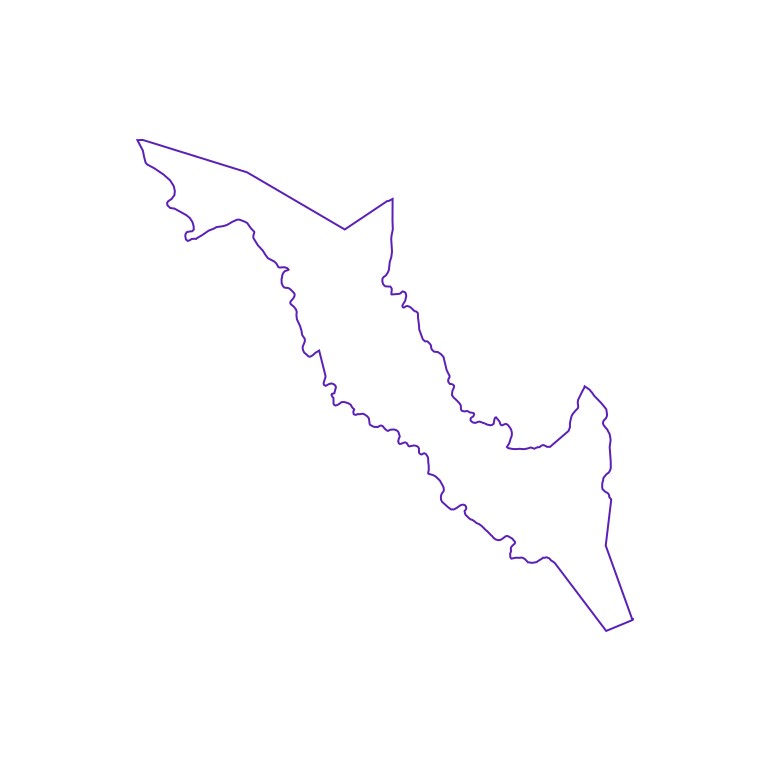 Bois Canot, Praslin, Saint Lucia (Natural Earth projection), rotated 195°
{"feature_id": "8701671B32126440612749", "entity_name": "Bois Canot", "entity_type": "district", "adm_level": 2, "iso_a3": "LCA", "parent_name": "Saint Lucia", "parent_adm1": "Praslin", "projection": "natural_earth1", "projection_center": [-60.931, 13.84], "detail": "fine", "context": "isolated", "style": "outline", "palette": "violet", "viewbox_px": 768, "rotation_deg": 195, "n_neighbors": 0, "source": "geoboundaries", "source_scale": "gbopen_adm2", "svg_char_len": 6139}
<svg xmlns="http://www.w3.org/2000/svg" viewBox="0 0 768 768"><g transform="rotate(195 384 384)"><path d="M184.2,431.8L189.6,433.7L189.6,432.1L190.3,429.5L192.4,419.0L192.1,416.3L190.5,412.3L190.5,410.6L192.1,407.9L193.9,404.0L194.5,401.7L194.5,398.1L194.2,393.9L193.2,390.5L193.6,386.4L207.4,366.2L210.6,365.5L211.5,365.9L214.0,366.3L215.0,365.9L216.1,365.1L217.5,363.2L219.5,362.6L222.0,360.4L225.7,360.7L228.8,358.8L231.8,357.3L236.3,356.5L238.3,355.7L242.3,354.6L247.4,354.2L249.0,355.0L248.0,357.9L247.6,360.4L247.5,364.8L247.2,366.7L247.7,369.6L249.1,372.4L250.3,373.8L253.0,376.0L254.5,376.8L255.9,377.0L256.9,376.5L259.2,374.7L259.8,374.6L260.7,374.9L261.6,375.8L262.2,377.0L263.4,378.2L267.2,380.8L267.9,380.2L268.2,378.6L267.8,374.0L268.9,372.5L269.6,372.1L270.6,371.7L274.0,371.5L275.7,371.9L281.8,372.4L283.2,371.9L285.6,370.1L287.7,369.8L289.7,370.4L290.5,370.9L291.2,371.7L291.3,373.3L291.0,374.0L289.4,375.8L289.1,377.2L289.1,378.1L289.5,378.7L290.0,379.1L292.0,379.0L293.8,378.7L295.5,379.3L296.9,379.4L298.9,378.4L301.5,378.2L302.2,378.5L303.2,379.7L304.2,383.0L305.4,384.3L306.9,385.4L310.9,387.8L313.1,388.8L315.5,390.9L316.1,394.4L316.0,395.8L315.6,398.5L315.7,400.0L316.0,400.6L317.5,401.3L319.0,401.4L320.4,401.1L322.4,402.7L322.7,403.3L323.1,405.1L322.5,407.6L322.7,408.7L327.0,413.5L333.6,425.6L336.8,427.6L339.3,428.5L340.5,428.8L343.0,428.3L344.3,428.3L346.3,429.4L347.0,430.0L347.8,431.2L348.5,433.3L350.1,434.7L352.3,436.0L353.5,436.4L355.5,435.8L357.7,437.0L358.3,437.5L364.2,446.0L365.0,448.7L368.5,457.4L369.3,460.4L369.7,461.2L370.3,461.7L371.5,462.3L373.1,462.3L374.0,462.6L377.7,464.7L379.7,465.3L381.6,465.4L382.6,465.0L384.4,463.2L384.9,462.9L385.8,463.1L386.2,463.6L386.5,464.3L386.3,465.9L385.2,469.3L385.1,470.1L385.3,474.8L386.5,477.3L388.0,478.2L390.1,478.2L391.8,475.6L392.9,474.9L399.7,472.5L400.1,472.7L400.4,473.8L401.0,477.6L401.4,478.3L402.6,479.4L403.2,479.7L407.9,478.7L408.9,479.0L410.6,480.2L411.6,481.6L412.3,483.2L412.6,484.6L412.7,485.5L412.2,487.0L410.3,489.3L409.2,492.6L408.9,494.4L408.9,496.2L410.0,503.1L409.8,508.5L410.5,513.9L414.5,525.7L415.1,529.0L415.5,535.6L418.1,544.1L423.6,565.0L426.7,562.1L428.3,561.5L461.9,523.1L571.0,553.0L680.2,557.3L685.3,555.7L677.3,547.0L674.5,541.3L671.6,536.2L669.7,534.8L661.7,532.9L651.2,529.3L643.1,525.2L638.3,520.7L636.0,516.3L635.3,512.2L637.0,507.9L639.8,504.6L640.4,502.8L639.4,500.5L636.0,498.7L631.8,499.2L618.5,495.9L614.4,494.0L611.0,490.9L608.8,487.3L607.7,484.0L608.8,481.9L611.3,481.0L613.9,479.5L614.5,477.2L614.2,475.4L612.7,472.3L610.5,471.4L608.7,472.7L607.3,474.3L604.2,475.4L603.1,475.4L602.3,476.6L598.4,480.5L593.0,486.8L588.5,490.1L586.4,492.2L581.2,494.4L578.4,495.9L576.3,497.5L572.7,501.2L568.9,504.3L567.7,505.0L566.0,505.3L560.7,504.8L557.8,504.1L552.9,500.0L548.8,497.5L548.5,496.9L548.6,493.6L548.1,491.6L547.8,491.1L541.8,485.4L535.5,481.4L532.1,478.2L528.8,475.5L522.0,474.0L520.2,473.2L518.6,472.0L516.2,469.5L514.6,469.6L510.5,471.0L507.6,470.9L506.6,470.4L505.8,469.7L506.5,469.0L508.7,467.6L509.5,466.5L510.2,464.6L510.4,462.4L510.0,460.0L510.2,459.1L508.9,454.8L507.2,452.6L505.4,451.4L503.4,451.5L502.0,451.9L500.1,451.7L498.5,451.0L495.1,449.0L494.2,448.4L493.6,447.6L493.2,446.0L493.6,443.7L495.6,439.4L495.5,437.9L494.6,436.9L491.0,435.3L488.1,433.0L486.9,430.9L486.5,428.1L484.9,424.0L480.0,418.2L477.0,413.2L476.5,411.7L475.5,409.9L472.4,407.3L472.0,406.5L471.5,404.5L472.2,398.9L471.7,397.2L470.8,395.5L469.4,393.9L467.8,393.0L465.9,392.2L464.4,391.2L462.8,391.1L461.5,392.0L459.9,393.8L458.3,396.4L455.3,399.5L442.7,376.9L442.3,375.5L442.6,369.4L441.9,367.7L439.9,367.1L437.1,369.7L435.0,370.9L433.1,370.9L430.9,370.1L429.6,368.6L429.6,362.2L431.7,361.0L431.9,359.9L430.6,358.3L429.2,357.4L427.6,351.8L426.9,351.1L425.4,350.6L424.0,351.4L421.9,353.3L420.5,355.4L417.9,356.3L413.6,356.2L410.9,355.4L408.5,353.0L406.2,351.8L406.5,349.4L405.6,347.2L405.1,346.9L403.9,346.8L402.8,347.1L401.8,348.1L400.0,348.4L396.8,349.8L395.3,349.7L391.9,348.5L389.9,347.1L389.0,345.3L387.6,341.8L386.8,340.9L383.3,340.1L381.8,340.1L380.4,340.6L378.9,340.7L377.2,342.6L375.8,343.2L374.2,342.9L371.7,341.0L369.1,339.8L367.8,339.8L366.4,341.3L363.2,342.5L361.5,342.7L359.8,342.5L358.5,341.9L357.4,341.0L355.2,337.4L355.5,335.0L355.5,332.4L354.6,330.9L353.6,330.2L353.1,330.2L351.8,330.8L349.4,332.7L347.9,333.1L346.6,332.7L344.2,330.4L343.4,330.3L339.2,332.4L337.1,332.6L335.1,332.2L334.4,331.7L333.5,330.6L332.5,327.0L331.6,326.0L329.8,325.6L329.0,325.9L328.2,326.9L327.3,327.5L326.5,327.5L325.2,327.0L323.0,325.1L322.1,323.5L320.8,319.3L319.9,317.3L318.6,313.0L318.3,309.4L317.8,308.8L313.2,308.7L310.6,308.2L309.0,307.4L305.0,305.2L300.5,300.5L299.4,299.0L298.7,296.7L298.8,295.5L299.7,293.4L300.0,291.4L299.9,289.9L299.0,287.1L297.5,285.3L290.9,281.9L286.8,280.2L284.1,280.9L281.7,283.1L279.0,286.4L277.6,287.4L276.5,287.9L274.8,288.0L273.2,287.0L272.5,285.6L272.3,285.2L272.4,284.2L273.3,282.1L272.2,279.9L271.6,279.0L270.6,278.3L267.0,276.3L265.1,275.6L264.0,275.7L261.6,275.0L258.5,273.6L256.0,273.3L253.0,272.2L247.7,269.1L246.5,268.7L241.2,265.5L240.0,265.0L238.8,264.0L236.2,262.8L233.3,262.7L231.6,263.3L230.1,264.5L227.2,268.3L226.4,268.8L224.8,269.1L220.2,267.9L216.6,265.4L216.3,264.8L216.5,263.5L218.1,261.2L219.0,259.1L218.9,257.7L218.0,255.7L218.2,252.9L217.5,250.2L216.7,248.9L215.7,248.3L211.8,250.3L207.7,251.3L206.5,251.9L204.7,252.0L202.6,251.3L199.4,249.5L198.9,249.0L196.7,249.4L194.8,249.5L190.6,251.4L188.6,253.8L186.8,255.5L185.4,257.4L183.9,257.7L182.1,258.7L179.1,258.3L176.9,256.8L173.9,255.9L172.3,255.0L105.5,203.0L82.7,220.5L82.7,221.5L83.7,221.5L128.0,285.3L134.6,331.2L137.2,333.2L137.9,335.1L139.0,336.1L139.9,336.6L142.5,337.2L145.5,338.9L146.3,340.1L147.0,342.4L147.5,345.0L147.4,348.0L147.7,349.0L147.6,350.4L145.8,354.4L143.9,356.7L143.3,359.1L143.2,361.3L143.5,362.7L145.1,368.3L149.7,381.5L150.5,387.9L151.0,389.6L153.1,394.0L156.8,398.0L159.0,399.4L161.5,401.4L162.4,402.9L162.5,404.1L162.4,405.1L162.1,406.0L160.8,408.2L160.4,410.4L160.6,412.2L162.7,417.0L163.3,417.6L169.8,422.2L177.9,427.0L180.8,429.5L184.2,431.8Z" fill="none" stroke="#5b21b6" stroke-width="2"/></g></svg>